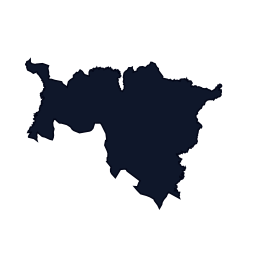 Clemencia, Bolívar, Colombia, rotated 170°
{"feature_id": "7082276B89767866766347", "entity_name": "Clemencia", "entity_type": "district", "adm_level": 2, "iso_a3": "COL", "parent_name": "Colombia", "parent_adm1": "Bolívar", "projection": "robinson", "projection_center": [-75.309, 10.562], "detail": "fine", "context": "isolated", "style": "filled", "palette": "ink", "viewbox_px": 256, "rotation_deg": 170, "n_neighbors": 0, "source": "geoboundaries", "source_scale": "gbopen_adm2", "svg_char_len": 5845}
<svg xmlns="http://www.w3.org/2000/svg" viewBox="0 0 256 256"><g transform="rotate(170 128 128)"><path d="M212.4,212.6L214.1,211.2L216.0,210.9L216.7,209.5L217.5,208.8L217.7,208.2L216.7,206.3L217.1,205.2L216.7,202.6L213.5,200.3L211.7,198.4L208.1,199.2L207.5,198.1L207.8,197.6L206.4,195.7L204.1,190.6L203.9,189.7L204.3,189.6L203.5,188.6L203.6,187.5L203.1,187.3L203.0,185.7L203.4,185.4L203.4,183.6L202.5,183.0L203.1,181.5L204.1,181.2L204.3,180.4L203.7,180.3L203.8,179.9L204.9,179.6L206.2,177.3L207.2,177.3L206.9,176.3L207.6,176.8L207.6,177.5L208.2,177.0L208.1,176.1L208.5,175.2L208.0,173.6L208.2,172.8L207.7,172.3L207.4,173.4L206.3,173.5L206.6,172.7L206.0,172.2L205.4,172.4L205.4,171.8L208.4,169.6L208.6,169.1L208.0,167.5L208.9,167.5L209.1,165.1L209.7,165.1L209.8,165.5L210.7,164.8L210.9,163.7L211.7,162.7L211.8,161.2L212.3,160.0L213.7,159.1L216.1,158.9L215.3,158.9L215.2,158.5L215.5,158.1L216.9,158.0L215.8,157.2L215.4,156.3L216.6,155.8L217.3,156.8L218.1,156.7L217.6,154.1L219.3,153.3L219.1,152.8L218.6,152.7L217.9,151.3L218.2,150.2L220.1,149.8L220.2,148.8L219.8,148.1L220.1,147.6L221.7,147.6L221.6,146.5L222.9,145.5L223.9,145.8L225.5,143.1L226.6,142.4L227.5,141.0L224.3,140.6L227.3,137.1L227.4,136.3L222.3,134.0L219.8,131.3L220.0,133.0L219.2,135.1L219.4,136.4L218.7,138.4L217.8,139.4L213.9,134.7L211.1,133.5L206.9,130.6L204.6,129.6L203.4,131.6L202.7,133.8L202.4,137.2L201.1,140.0L201.7,142.7L201.4,146.3L199.5,149.5L197.8,149.2L197.1,147.8L194.7,144.9L192.6,144.5L187.5,142.1L184.3,139.2L183.0,136.4L181.7,135.0L176.6,131.8L166.2,131.8L164.6,132.3L162.7,133.8L160.1,138.8L154.2,137.7L153.3,135.8L150.5,126.3L150.8,121.2L151.3,118.9L152.2,119.4L153.8,115.1L152.2,108.6L152.0,106.5L152.8,102.8L153.6,102.3L154.1,98.8L154.7,98.6L151.6,92.9L151.5,91.6L152.2,90.6L152.6,88.0L151.9,85.8L149.1,81.3L142.7,88.6L138.8,88.3L136.9,87.7L136.3,85.8L125.2,73.9L126.8,72.1L128.9,68.4L132.0,69.2L129.7,65.2L126.9,61.1L121.4,58.5L118.3,56.6L114.8,53.7L114.4,51.8L111.9,46.8L111.0,43.4L108.2,46.8L107.3,49.1L105.4,51.4L102.3,54.0L100.8,56.3L99.1,57.6L89.5,49.9L89.8,51.9L89.1,52.9L89.3,53.8L88.4,55.6L90.5,56.2L90.3,57.9L90.9,58.7L92.0,57.8L93.0,58.1L92.1,58.8L92.4,60.2L91.4,60.0L90.1,61.1L90.0,62.5L91.0,63.1L91.0,64.2L88.5,65.7L88.1,66.4L87.1,66.4L85.9,67.8L84.6,68.3L84.5,69.3L85.4,70.3L85.3,71.1L83.4,69.8L83.8,69.0L83.6,68.4L82.6,68.8L82.5,69.5L81.4,70.4L81.7,72.0L83.1,71.8L83.5,73.1L82.4,74.1L82.2,73.1L81.3,72.9L80.8,73.9L81.7,74.7L81.4,75.8L81.6,76.5L79.6,76.6L79.3,77.0L79.5,77.4L78.3,78.7L78.5,79.5L79.0,78.7L79.6,78.7L80.2,80.5L81.4,80.5L82.2,81.1L82.9,81.9L82.8,82.6L84.2,84.4L84.1,84.9L83.4,85.2L83.5,85.9L82.3,85.7L82.2,86.5L80.6,88.0L83.2,90.0L83.6,91.7L84.7,93.1L84.7,94.0L84.3,94.0L83.6,92.9L82.5,94.0L82.0,93.4L81.2,93.4L80.6,94.2L79.9,94.0L80.0,94.5L78.9,94.3L79.2,95.7L78.4,95.2L78.5,94.2L77.6,95.0L76.3,93.8L75.8,93.9L75.6,94.6L73.9,94.1L71.6,97.8L69.5,97.3L69.6,97.9L69.2,97.9L68.9,98.8L68.2,99.0L67.6,98.2L65.0,101.0L64.4,100.7L63.3,101.0L62.1,103.1L62.4,104.4L62.2,106.2L61.7,106.5L61.6,108.0L60.9,108.6L60.7,110.2L60.1,110.9L59.1,114.0L58.2,114.5L57.2,115.8L55.7,115.5L55.1,116.8L55.4,118.1L57.8,121.2L58.3,120.6L58.9,120.9L59.0,122.1L58.2,124.5L59.3,126.4L59.1,128.6L58.8,129.1L57.1,130.1L57.2,131.5L54.1,134.2L52.4,134.8L50.8,137.6L48.8,137.8L47.7,140.2L46.6,141.0L44.8,141.9L42.4,141.9L40.3,141.4L39.3,141.6L38.8,140.8L37.1,142.5L35.6,142.1L34.4,142.9L32.1,143.1L30.7,144.3L30.6,145.1L30.9,145.8L29.9,147.2L29.7,149.3L31.6,149.6L31.1,150.7L31.7,152.1L29.8,151.8L28.5,153.1L28.8,154.4L29.4,154.9L30.3,155.1L31.3,154.4L32.0,154.5L32.4,153.0L34.0,152.9L35.1,151.3L38.4,149.8L39.6,149.7L40.9,151.2L42.1,151.6L43.9,153.3L45.3,153.1L48.0,153.9L48.5,154.7L51.1,156.2L53.0,156.2L53.8,157.6L55.0,157.8L56.0,157.1L57.0,158.0L58.0,157.6L58.5,157.8L58.5,159.8L57.1,161.1L58.0,163.3L59.2,163.6L60.8,163.4L60.7,164.6L61.4,164.6L61.2,165.2L61.8,165.5L61.8,166.0L62.2,165.4L63.0,165.7L63.1,166.2L63.8,166.3L63.7,167.1L64.2,166.3L66.5,166.8L68.0,166.7L68.1,165.8L68.7,165.8L68.5,165.2L68.8,165.0L71.1,166.4L73.6,166.5L74.1,167.5L75.5,166.4L77.5,167.8L78.0,167.6L78.1,168.4L79.5,168.1L80.8,169.1L84.5,170.6L85.5,171.2L84.9,172.7L88.1,179.2L87.9,181.3L89.3,183.1L90.3,186.6L91.6,187.2L92.6,188.2L94.0,188.7L95.7,186.4L97.7,186.1L100.2,184.4L100.6,184.4L102.8,185.8L105.8,186.0L108.5,184.4L109.2,182.5L113.1,182.0L112.7,183.2L113.6,185.9L113.3,187.1L114.5,186.7L116.7,187.2L118.5,185.0L120.6,184.2L122.3,182.7L123.7,178.6L123.4,177.1L124.5,174.3L124.0,172.4L124.7,171.7L123.9,170.4L124.6,168.8L124.6,167.6L127.1,165.0L128.9,166.2L128.7,168.2L129.7,169.1L130.0,170.0L129.4,170.2L129.5,171.2L130.2,173.0L129.7,173.5L130.1,174.8L129.9,176.2L129.3,177.0L129.9,177.6L129.8,178.8L128.3,179.4L127.4,179.2L127.1,179.9L126.1,180.5L126.2,181.1L126.9,181.6L126.4,182.8L127.6,183.4L127.3,184.0L126.6,184.0L126.5,184.8L127.9,184.9L127.3,186.1L127.4,186.4L128.1,187.0L128.9,186.4L129.6,186.9L129.9,186.7L130.0,187.7L130.8,187.7L131.2,187.0L132.2,186.8L132.6,187.5L133.5,187.5L133.7,188.6L134.3,188.4L134.8,190.5L135.3,190.3L135.0,189.8L136.9,190.0L136.9,190.9L137.2,190.7L137.9,191.1L138.8,190.4L138.9,189.6L138.9,190.5L139.5,190.0L139.8,190.7L141.5,189.7L142.1,191.0L144.6,191.6L145.0,192.4L146.1,192.0L145.9,191.2L146.4,191.0L146.9,192.1L147.3,191.8L148.0,192.2L148.2,193.0L148.7,192.2L149.2,192.5L150.9,191.6L151.1,192.5L151.5,192.6L151.7,192.2L152.2,192.2L152.1,191.2L152.7,190.1L153.2,190.3L153.8,191.7L155.2,191.6L156.5,189.8L157.1,186.2L157.6,185.8L161.8,188.2L163.3,191.6L165.1,193.4L167.0,191.4L167.8,191.1L169.0,191.6L170.8,190.2L172.5,189.4L172.9,186.8L176.3,185.4L178.5,183.9L180.8,178.7L184.9,183.0L185.4,185.0L191.9,187.5L194.9,189.1L197.2,189.6L197.8,191.0L196.4,192.5L197.2,194.3L196.6,196.7L196.7,200.8L195.5,203.1L201.0,206.2L206.9,206.7L208.5,206.6L211.2,207.7L212.9,209.4L212.4,212.6Z" fill="#0f172a" stroke="#020617" stroke-width="1.5"/></g></svg>